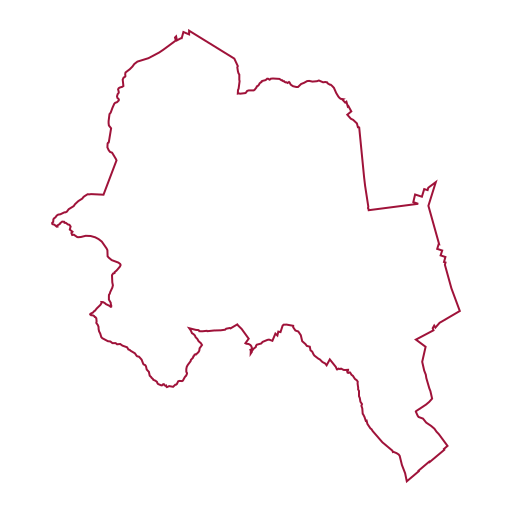 Ocotepec, Puebla, Mexico
{"feature_id": "50627088B5073197281792", "entity_name": "Ocotepec", "entity_type": "district", "adm_level": 2, "iso_a3": "MEX", "parent_name": "Mexico", "parent_adm1": "Puebla", "projection": "natural_earth1", "projection_center": [-97.69, 19.551], "detail": "fine", "context": "isolated", "style": "outline", "palette": "rose", "viewbox_px": 512, "rotation_deg": 0, "n_neighbors": 0, "source": "geoboundaries", "source_scale": "gbopen_adm2", "svg_char_len": 5952}
<svg xmlns="http://www.w3.org/2000/svg" viewBox="0 0 512 512"><path d="M189.1,30.7L189.1,34.4L183.4,32.0L181.7,38.2L181.0,38.2L176.9,40.4L176.1,36.4L175.0,37.5L175.8,40.5L163.2,49.8L159.2,52.5L148.4,58.2L137.4,61.6L134.3,64.0L132.4,66.6L129.8,69.2L125.5,72.5L125.2,74.2L125.4,76.2L125.1,76.7L123.6,77.6L122.7,79.6L123.4,86.0L122.3,86.8L119.9,87.5L118.7,88.2L118.1,89.3L118.8,92.2L118.5,93.2L117.7,94.0L117.0,96.3L117.4,97.9L118.6,99.0L118.9,99.8L118.7,100.5L117.0,102.2L115.2,102.8L114.3,103.7L112.5,107.7L110.7,112.6L109.5,114.1L108.6,121.1L108.6,123.3L108.9,125.5L111.1,128.3L108.9,141.7L108.6,142.6L108.0,142.8L107.6,143.5L107.4,147.4L108.7,150.2L110.0,151.9L112.1,152.7L115.9,159.0L116.5,160.4L103.5,194.7L91.1,194.1L89.0,194.4L87.8,194.2L87.2,194.5L84.2,196.4L83.0,197.5L82.4,198.5L78.3,201.1L75.0,204.2L73.7,206.1L68.7,209.2L66.8,211.7L65.6,212.3L64.5,212.3L60.3,214.3L58.2,214.6L56.7,215.6L55.4,217.4L54.1,218.3L53.4,219.3L53.2,221.9L52.2,222.8L52.2,223.8L52.6,224.2L54.4,224.7L56.7,226.7L57.5,226.6L57.3,225.5L59.8,224.0L60.2,223.2L62.2,221.6L64.2,221.8L64.5,222.8L65.9,222.9L68.0,224.5L69.4,224.8L70.6,226.5L69.8,229.6L72.5,231.8L71.4,233.0L72.2,235.0L73.8,234.7L77.3,237.1L78.4,237.2L80.9,237.0L85.7,235.8L90.6,236.0L95.2,237.3L98.6,239.1L101.8,241.6L106.6,248.5L107.4,250.2L107.6,256.3L108.7,257.6L111.7,260.1L118.4,262.6L120.2,264.0L120.6,265.0L120.0,266.5L116.6,270.5L114.6,272.2L114.5,273.1L113.1,273.5L112.0,275.2L112.3,282.4L112.9,285.3L112.3,287.7L110.2,292.1L109.8,293.6L109.0,294.8L108.9,295.9L108.9,299.6L110.7,302.7L110.8,304.1L111.3,305.8L111.2,306.7L110.6,306.8L109.6,305.9L105.9,304.1L104.7,303.0L103.0,302.1L101.4,302.0L101.6,302.9L100.4,304.9L96.7,308.5L94.9,310.8L94.2,311.1L93.0,312.5L90.4,313.8L90.2,314.5L91.1,315.2L93.0,315.4L94.1,316.0L94.8,317.0L95.4,317.1L96.3,318.3L96.6,321.3L96.3,322.9L97.8,325.0L98.5,326.8L98.6,329.1L99.1,331.4L100.2,333.5L101.3,337.1L102.3,338.2L107.9,341.2L110.4,341.5L112.4,343.1L115.6,343.1L117.1,344.3L120.2,344.0L122.4,345.6L127.1,347.3L128.4,349.5L129.7,349.9L130.5,350.7L134.9,353.3L136.7,355.9L137.2,356.3L139.0,356.7L141.6,359.6L143.2,363.8L143.6,364.4L145.3,365.2L146.0,366.4L146.7,369.5L148.9,371.9L149.7,375.7L151.2,377.1L151.4,377.6L153.0,379.1L153.3,379.8L155.4,380.7L156.9,381.8L157.5,383.3L158.1,384.0L161.1,385.3L161.9,385.4L163.2,384.2L163.9,384.2L164.6,385.4L165.5,385.7L166.0,385.5L166.2,386.4L166.9,387.1L169.2,386.1L173.1,386.8L175.3,384.7L176.0,384.7L176.8,384.1L178.2,381.3L179.5,380.9L182.0,381.1L182.9,380.6L184.7,377.3L185.6,376.1L186.1,375.8L187.0,373.6L186.9,372.8L186.3,371.8L186.3,369.0L186.8,366.7L187.8,364.9L190.6,361.2L190.9,359.9L193.1,357.6L193.3,356.4L194.0,355.9L194.6,354.6L195.8,354.5L195.8,354.2L197.0,353.6L198.7,351.8L199.3,350.6L199.6,348.3L202.0,345.0L200.9,343.2L198.6,341.2L197.3,338.9L195.6,337.2L194.9,335.5L193.5,334.1L192.0,333.2L190.7,330.3L189.2,328.2L195.9,329.9L198.4,330.1L199.1,330.6L199.3,331.2L202.3,331.3L206.8,330.8L207.3,331.2L214.0,330.5L220.8,330.3L225.1,329.7L226.2,328.7L229.8,328.0L230.5,328.4L237.3,324.4L238.1,325.5L241.6,328.9L248.7,338.7L245.4,343.2L246.3,343.7L248.6,344.0L250.4,345.0L251.3,346.2L252.0,348.2L251.7,349.2L250.4,349.8L250.8,350.9L250.7,353.6L251.9,351.8L251.3,350.4L252.6,350.1L253.4,348.9L255.8,347.0L256.1,345.6L256.8,344.7L261.2,343.5L262.6,341.9L267.4,339.9L269.0,339.6L272.4,340.8L275.4,333.6L277.4,335.5L278.3,331.6L280.5,332.1L282.6,325.7L283.6,324.7L286.6,324.6L293.2,325.8L293.2,327.3L295.4,330.5L298.3,331.5L300.8,335.2L302.2,341.2L305.5,344.1L306.8,345.9L309.8,346.7L310.5,350.3L312.2,351.6L313.6,354.5L314.4,355.6L318.4,358.7L319.8,359.4L322.4,362.0L325.2,363.5L326.6,365.3L329.8,359.4L335.8,366.9L336.9,369.4L337.5,369.4L338.6,368.6L340.0,369.1L341.0,368.6L343.6,369.9L345.1,370.0L348.1,369.8L348.1,370.2L347.2,371.5L347.6,372.7L348.5,372.9L349.3,372.4L350.1,372.5L351.5,374.8L352.9,375.8L354.9,378.9L356.8,380.3L357.7,381.6L357.6,383.7L358.2,387.9L358.1,389.3L359.0,391.0L359.0,396.2L359.8,398.0L360.4,401.7L362.0,404.1L361.4,405.8L362.3,408.5L362.7,413.8L363.2,414.4L364.5,417.0L365.8,420.9L366.6,420.6L367.4,423.9L370.4,428.4L371.5,429.2L372.7,431.1L382.4,442.3L392.3,450.6L392.9,452.0L393.3,451.8L396.5,453.1L398.7,454.5L399.7,455.9L401.9,464.9L405.1,473.2L406.8,481.3L418.8,471.2L418.5,470.7L429.3,461.6L429.6,462.1L444.3,449.8L443.9,449.0L447.5,445.9L438.8,434.1L436.5,431.7L434.4,428.7L431.1,425.9L426.2,422.6L423.0,418.6L418.6,417.0L417.7,415.8L415.8,411.6L416.1,411.1L426.0,404.6L429.2,401.9L432.1,398.6L430.4,391.1L429.3,388.3L426.3,378.0L425.8,374.7L424.2,370.6L422.2,361.8L425.6,346.8L415.9,339.6L433.5,330.3L432.7,328.2L434.2,325.6L435.4,327.6L439.6,322.8L459.8,311.0L451.4,288.3L444.9,264.8L445.5,262.5L444.0,262.0L445.4,257.0L440.6,255.4L442.2,250.5L437.2,248.9L438.7,244.0L439.1,244.1L428.4,205.8L435.8,182.1L428.3,187.7L427.6,190.1L424.2,189.1L421.9,196.7L415.1,194.5L413.3,202.1L418.2,203.8L368.7,210.2L368.4,208.7L368.0,208.1L368.3,206.6L365.1,185.8L364.1,177.3L359.2,127.5L358.6,127.1L357.9,127.2L356.9,123.4L353.2,119.9L350.8,118.7L347.3,114.7L351.3,111.4L348.4,106.1L347.8,106.6L346.4,101.7L345.2,102.6L342.5,99.7L343.2,99.2L340.6,98.8L339.3,97.7L338.3,96.5L336.2,93.0L333.9,87.8L332.0,85.8L330.7,84.7L329.9,84.7L327.6,83.3L327.2,82.4L325.3,82.0L323.1,82.3L318.9,80.5L317.0,81.2L312.5,81.6L309.2,80.9L307.1,81.1L304.1,82.8L301.1,84.0L298.0,87.0L296.3,87.0L293.0,86.2L291.8,85.4L290.7,84.6L289.5,82.4L289.0,82.0L287.6,83.0L286.5,82.3L285.7,82.4L284.6,81.9L284.1,81.2L283.4,81.2L282.5,80.8L282.3,80.3L281.4,80.2L279.4,78.9L272.9,78.5L270.8,78.7L270.0,79.5L269.5,79.7L268.3,78.8L267.2,78.7L265.6,80.1L262.1,81.0L261.6,81.4L261.4,82.2L260.7,82.4L259.5,83.5L259.1,84.5L258.1,85.7L256.8,86.4L256.5,87.4L254.6,89.8L253.7,90.4L248.8,90.4L247.2,90.9L245.8,92.8L245.2,93.1L240.1,93.7L238.9,93.4L237.8,93.6L238.0,90.0L238.6,88.7L239.6,81.1L239.3,79.9L239.3,74.6L238.5,73.3L237.9,71.2L237.3,67.3L237.8,66.1L234.3,58.6L189.1,30.7Z" fill="none" stroke="#9f1239" stroke-width="2"/></svg>